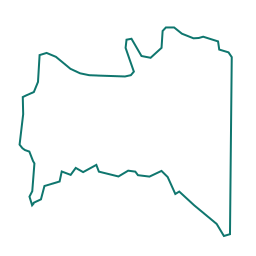 East Baton Rouge, Louisiana, United States of America (Natural Earth projection), rotated 93°
{"feature_id": "52423323B9154242656865", "entity_name": "East Baton Rouge", "entity_type": "district", "adm_level": 2, "iso_a3": "USA", "parent_name": "United States of America", "parent_adm1": "Louisiana", "projection": "natural_earth1", "projection_center": [-91.099, 30.518], "detail": "fine", "context": "isolated", "style": "outline", "palette": "teal", "viewbox_px": 256, "rotation_deg": 93, "n_neighbors": 0, "source": "geoboundaries", "source_scale": "gbopen_adm2", "svg_char_len": 939}
<svg xmlns="http://www.w3.org/2000/svg" viewBox="0 0 256 256"><g transform="rotate(93 128 128)"><path d="M32.9,57.7L34.4,62.0L35.0,67.3L31.0,79.1L25.2,87.2L25.6,95.4L29.3,98.5L46.2,98.7L56.7,109.1L55.4,118.3L38.7,129.2L39.9,134.1L48.1,134.6L59.7,129.9L71.4,125.1L75.1,127.9L76.7,133.7L77.2,159.8L77.2,162.5L77.3,169.5L75.9,178.7L71.9,188.6L60.7,203.7L57.3,213.2L59.8,220.1L86.7,220.3L97.0,223.9L100.8,231.4L102.6,234.7L119.7,233.4L150.3,235.4L153.7,232.4L155.4,229.8L156.7,225.3L166.0,221.1L168.3,219.6L196.1,220.3L201.7,222.8L210.2,219.7L208.5,218.4L207.6,218.3L203.8,211.2L190.3,208.4L185.0,193.5L174.9,191.9L177.8,182.8L170.6,178.1L174.4,170.5L166.5,157.7L173.1,154.8L176.9,135.0L170.6,125.6L171.2,118.4L174.6,115.6L175.4,104.0L169.1,92.3L174.9,85.8L191.4,77.3L188.8,73.5L201.8,57.8L219.2,34.4L230.8,26.6L228.7,20.6L139.5,24.4L51.8,28.1L47.2,31.6L44.9,41.0L36.8,42.6L32.9,57.7Z" fill="none" stroke="#0f766e" stroke-width="2"/></g></svg>